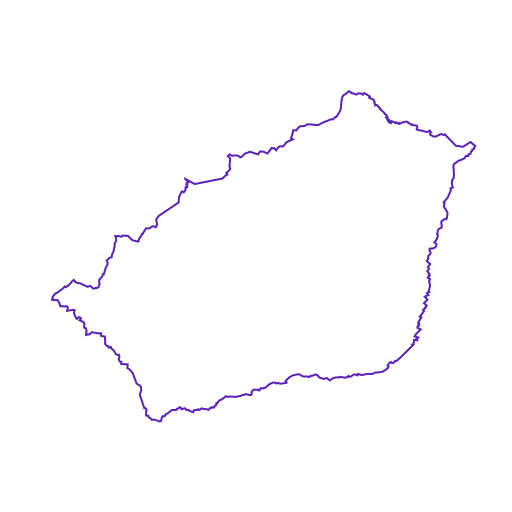 outline of Non Sila, Khon Kaen, Thailand, rotated 283°
{"feature_id": "78962969B89179811023698", "entity_name": "Non Sila", "entity_type": "district", "adm_level": 2, "iso_a3": "THA", "parent_name": "Thailand", "parent_adm1": "Khon Kaen", "projection": "albers", "projection_center": [102.669, 15.978], "detail": "fine", "context": "isolated", "style": "outline", "palette": "violet", "viewbox_px": 512, "rotation_deg": 283, "n_neighbors": 0, "source": "geoboundaries", "source_scale": "gbopen_adm2", "svg_char_len": 6080}
<svg xmlns="http://www.w3.org/2000/svg" viewBox="0 0 512 512"><g transform="rotate(283 256 256)"><path d="M167.5,67.2L168.1,68.7L167.5,69.1L168.5,72.5L165.9,74.8L163.0,76.6L163.5,77.5L163.6,80.3L164.5,83.0L163.5,84.3L160.1,84.3L162.4,89.9L162.3,91.6L159.7,91.4L159.0,91.7L155.0,94.7L154.4,95.7L156.6,97.1L156.6,98.0L155.9,99.5L153.7,98.5L153.5,100.3L152.4,103.6L147.5,104.7L147.4,106.4L145.1,107.7L140.8,108.2L142.0,110.3L142.0,111.3L144.4,112.8L144.8,113.4L145.2,120.3L145.9,122.2L143.3,123.2L143.5,126.8L137.5,128.7L136.7,128.6L136.0,129.2L135.0,130.5L134.9,132.1L133.6,133.1L134.7,135.0L133.6,135.6L131.6,139.1L128.8,141.5L128.4,143.1L129.0,144.6L126.9,145.7L125.0,145.3L122.6,146.8L122.3,147.5L122.6,148.5L120.5,149.0L121.5,155.4L117.9,155.8L117.1,158.3L114.3,162.1L104.7,168.5L103.9,171.5L102.4,173.5L99.3,174.4L94.8,173.9L82.6,181.4L83.0,182.1L81.6,184.0L80.1,183.9L75.8,184.8L76.1,187.2L74.6,187.7L74.2,189.6L72.9,191.4L73.7,193.3L73.1,199.3L74.0,200.6L77.4,200.6L79.0,201.2L79.2,202.9L80.0,202.9L80.6,203.7L82.0,203.9L82.5,205.2L86.8,208.4L87.6,210.7L87.8,212.8L89.5,213.5L89.9,214.7L91.4,215.4L91.2,217.0L90.1,217.7L89.9,218.3L91.3,220.1L91.7,221.2L90.3,222.8L90.8,225.1L90.0,226.3L89.7,230.1L91.5,230.1L92.4,231.4L92.5,232.8L93.6,233.9L93.1,234.7L93.3,235.8L94.4,236.2L95.4,237.7L95.2,240.5L95.7,241.7L95.4,244.4L97.6,245.6L98.0,246.9L98.7,247.0L98.9,249.2L100.5,249.3L101.9,250.8L103.8,250.5L103.9,251.4L107.0,252.6L108.0,254.4L109.1,254.9L109.8,256.2L112.5,257.9L112.5,260.9L113.2,262.0L114.0,267.3L116.2,272.7L117.0,273.3L118.1,275.7L119.1,276.8L119.1,282.1L120.7,283.0L121.6,282.4L122.3,282.4L124.4,283.1L125.3,283.9L125.8,287.0L126.2,288.0L125.6,289.0L125.8,289.6L128.4,290.5L128.6,293.0L129.5,293.5L129.5,294.6L133.5,297.3L136.4,300.8L136.9,302.6L136.4,304.6L137.3,305.9L136.9,308.2L139.3,314.3L139.8,314.2L140.6,313.0L141.2,313.0L145.1,315.7L147.8,318.4L150.2,323.4L150.4,325.6L149.4,327.8L149.4,330.5L150.0,331.9L150.0,335.0L151.5,336.1L151.6,337.3L154.0,340.7L153.8,342.6L152.5,344.0L151.5,346.2L151.8,347.2L151.4,349.5L153.0,352.6L151.4,355.9L154.3,358.5L155.4,360.5L156.3,363.5L156.2,364.1L157.1,364.8L157.5,370.7L159.9,373.1L159.1,373.8L160.1,375.8L162.3,377.6L162.8,378.7L162.6,381.8L164.0,381.9L163.8,385.2L164.2,387.0L166.2,390.9L167.2,396.0L169.0,397.9L171.4,405.0L175.7,409.2L177.9,410.1L178.9,408.8L181.9,410.1L183.0,411.3L182.3,412.5L182.7,414.0L185.2,415.2L185.1,416.3L189.8,419.7L204.3,428.9L204.9,428.2L205.5,429.5L209.7,428.8L210.1,431.8L210.9,431.3L210.9,431.9L211.7,431.8L213.1,432.5L213.3,428.6L216.3,429.7L221.5,433.0L222.4,429.4L223.6,429.2L225.1,430.6L226.1,429.4L227.1,430.2L228.0,429.0L233.4,431.0L233.8,429.2L240.0,432.1L240.8,430.9L243.4,432.6L243.5,432.2L246.1,433.5L247.9,430.3L251.9,432.9L254.4,429.6L256.7,432.7L258.2,430.9L259.9,432.9L260.3,432.1L265.7,432.3L267.4,431.9L270.4,430.2L272.7,430.8L273.5,428.2L275.8,429.6L276.3,428.5L277.4,429.1L279.7,426.3L282.6,427.5L284.1,426.0L287.4,427.5L289.4,423.7L290.5,423.7L292.0,424.5L294.5,423.7L297.4,425.5L299.2,425.1L300.5,423.8L302.2,423.5L302.6,424.1L302.7,425.6L303.9,427.8L305.3,429.0L307.0,429.3L308.2,429.2L309.4,426.8L313.4,428.5L316.5,428.6L317.6,428.4L318.2,427.5L322.4,427.6L323.5,428.1L325.8,430.6L330.5,429.0L331.8,429.0L334.8,431.9L334.8,433.3L335.3,433.4L339.6,433.2L341.8,432.6L346.3,428.0L347.3,427.7L349.4,428.0L350.4,426.7L356.0,429.6L363.7,431.1L365.5,430.2L367.2,432.4L368.8,431.2L371.0,430.4L374.6,430.1L376.3,431.1L380.1,430.5L388.0,428.1L390.1,428.2L394.4,431.9L395.8,434.3L398.1,437.2L400.6,437.9L401.2,440.3L401.8,440.0L402.8,440.2L404.0,442.1L406.0,441.9L406.9,442.9L408.4,442.8L409.3,444.2L410.7,444.2L412.5,444.9L415.3,439.4L408.9,433.0L408.4,425.9L416.5,413.4L417.1,412.9L416.0,411.5L416.6,409.1L412.8,404.2L412.4,402.1L413.3,398.5L415.5,398.0L415.9,398.7L417.3,397.0L415.7,395.5L415.2,393.6L415.4,388.1L415.1,385.3L415.6,384.0L417.8,384.2L419.2,383.4L418.7,378.3L419.3,378.3L419.4,376.2L419.9,374.5L420.4,374.5L420.9,372.7L419.6,369.5L416.9,365.9L417.7,365.4L417.1,364.9L417.8,362.4L416.8,362.1L417.9,358.1L415.7,357.5L416.2,355.7L417.8,356.1L418.1,355.3L417.1,355.2L417.4,354.0L418.8,354.3L419.0,353.0L419.9,353.2L420.2,351.6L421.7,352.4L423.3,350.2L423.2,349.7L424.7,348.3L427.0,343.9L427.3,344.1L430.4,339.7L429.5,338.4L430.8,337.5L432.3,337.2L432.3,336.6L433.4,336.4L434.7,335.4L435.7,330.6L437.1,331.0L439.1,324.9L437.2,323.9L438.1,322.1L437.6,320.9L437.7,319.4L435.8,317.3L436.2,315.5L436.2,312.4L436.7,312.4L437.5,309.4L436.2,308.7L432.2,305.1L430.4,304.3L426.0,304.4L418.3,305.5L416.2,305.2L409.9,303.2L409.5,302.3L406.3,300.1L406.2,298.5L401.0,291.2L397.5,287.0L396.0,276.5L393.9,274.4L392.1,269.4L389.2,267.7L387.5,267.1L386.8,263.9L382.8,264.1L378.7,263.6L377.9,265.7L374.0,260.3L369.0,257.9L368.0,254.1L366.6,253.1L363.5,251.9L365.2,249.4L364.6,248.4L364.9,247.1L358.4,244.0L359.4,239.9L358.7,236.4L355.4,235.1L356.2,227.1L356.0,226.0L355.4,225.7L353.3,222.1L349.2,219.6L348.5,218.4L349.6,216.4L349.6,213.7L348.2,210.1L349.1,207.4L347.0,206.1L345.6,208.4L344.6,209.0L337.7,209.9L335.2,211.3L333.2,210.5L330.2,208.4L328.9,209.8L327.3,208.0L324.0,206.0L312.3,180.0L315.2,169.8L314.6,170.1L314.0,172.2L312.3,173.3L311.8,172.1L310.1,172.0L309.7,173.2L307.4,173.4L307.1,172.8L307.3,172.0L304.0,172.3L301.8,171.3L302.4,169.4L301.9,169.1L296.5,167.7L290.8,168.6L273.3,152.3L269.6,150.6L268.3,150.8L264.6,152.4L263.3,152.5L261.4,151.7L262.0,149.6L261.2,148.0L258.8,145.8L258.2,142.6L251.9,140.5L251.9,139.9L248.6,139.3L247.6,138.4L243.6,138.1L243.5,132.1L246.8,126.7L245.8,121.2L244.4,120.3L244.5,117.5L243.7,114.4L242.0,115.6L239.6,116.3L236.2,115.4L233.3,116.2L231.9,115.9L228.6,116.2L225.0,115.4L222.4,115.6L221.3,113.7L218.2,111.5L215.9,113.0L214.3,113.2L210.5,112.2L203.9,111.8L203.8,110.9L201.3,110.7L199.3,109.7L198.2,108.7L195.7,108.9L193.2,109.9L190.0,109.5L189.0,107.9L188.8,106.8L187.8,105.9L187.9,104.0L189.4,101.8L189.3,100.6L188.1,98.9L189.8,90.9L189.6,88.3L189.9,86.0L191.7,83.8L190.3,82.7L185.9,80.5L182.9,77.6L183.2,76.5L181.5,75.6L175.3,70.4L174.4,68.9L170.6,67.1L167.5,67.2Z" fill="none" stroke="#5b21b6" stroke-width="2"/></g></svg>